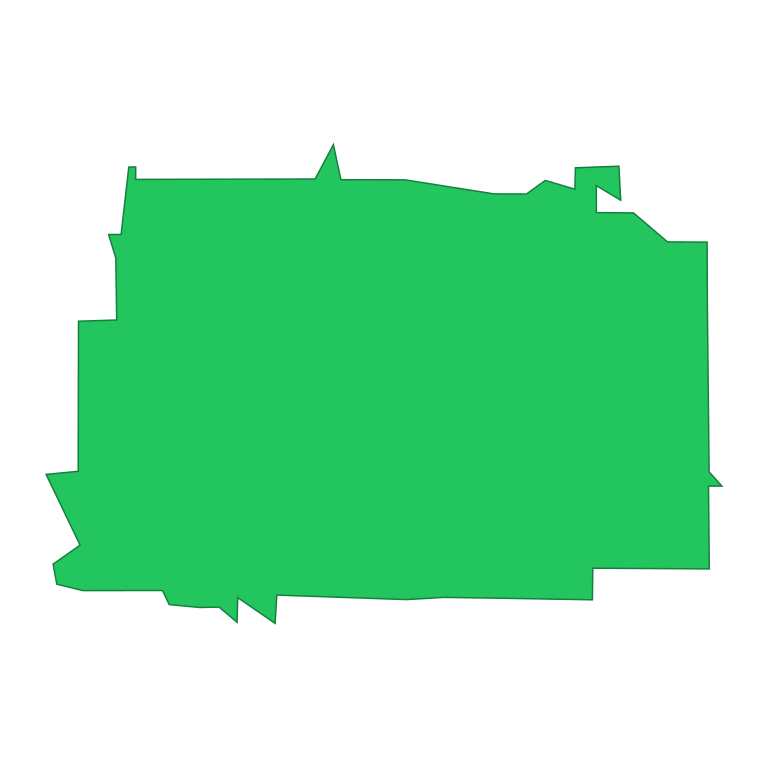 outline of Gordon, Georgia, United States of America
{"feature_id": "52423323B80353605077472", "entity_name": "Gordon", "entity_type": "district", "adm_level": 2, "iso_a3": "USA", "parent_name": "United States of America", "parent_adm1": "Georgia", "projection": "equal_earth", "projection_center": [-84.883, 34.509], "detail": "fine", "context": "isolated", "style": "filled", "palette": "green", "viewbox_px": 768, "rotation_deg": 0, "n_neighbors": 0, "source": "geoboundaries", "source_scale": "gbopen_adm2", "svg_char_len": 713}
<svg xmlns="http://www.w3.org/2000/svg" viewBox="0 0 768 768"><path d="M709.3,568.9L708.5,486.1L721.9,486.1L709.1,471.9L707.4,307.7L707.1,242.1L667.5,241.9L633.5,212.9L596.4,212.6L596.3,185.6L620.7,200.2L618.9,166.2L575.4,167.8L574.9,189.2L545.3,180.4L526.5,194.0L493.9,193.9L404.9,179.8L340.9,179.7L333.4,144.6L315.1,179.0L135.7,179.4L135.7,166.9L128.8,167.1L121.1,234.5L108.6,234.5L115.8,258.0L116.7,320.0L78.5,321.2L78.2,471.3L46.1,474.4L80.1,545.1L53.1,564.1L56.8,584.2L82.9,590.6L162.5,590.5L169.2,604.6L199.9,607.5L219.1,607.1L237.1,622.3L237.7,597.6L275.1,623.4L276.8,595.1L406.4,599.6L443.7,597.4L498.7,598.2L592.4,599.8L592.8,568.2L709.3,568.9Z" fill="#22c55e" stroke="#15803d" stroke-width="1.5"/></svg>